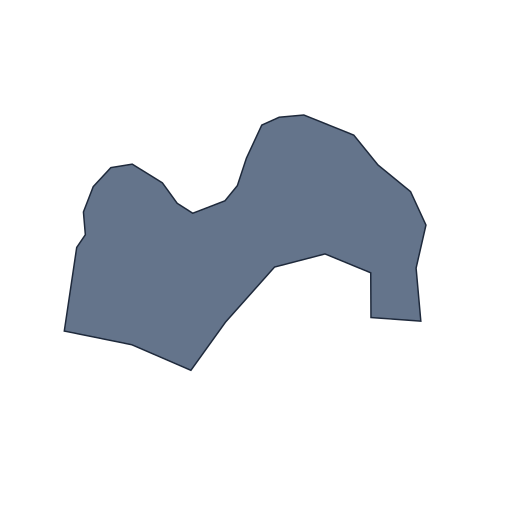 the border of Royal Borough of Windsor and Maidenhead, rotated 296°
{"feature_id": "GBR-5703", "entity_name": "Royal Borough of Windsor and Maidenhead", "entity_type": "Unitary Authority", "adm_level": 1, "iso_a3": "GBR", "parent_name": "United Kingdom", "parent_adm1": "", "projection": "albers", "projection_center": [-0.692, 51.465], "detail": "fine", "context": "isolated", "style": "filled", "palette": "slate", "viewbox_px": 512, "rotation_deg": 296, "n_neighbors": 0, "source": "natural_earth", "source_scale": "10m", "svg_char_len": 525}
<svg xmlns="http://www.w3.org/2000/svg" viewBox="0 0 512 512"><g transform="rotate(296 256 256)"><path d="M247.0,79.3L271.8,86.8L284.3,104.5L280.7,139.8L268.8,162.1L266.7,180.4L292.0,203.9L311.1,208.4L339.7,204.5L376.2,203.8L390.9,216.0L403.7,237.2L407.5,290.9L391.3,325.7L381.6,366.7L358.3,395.2L315.3,405.2L269.7,432.7L251.1,386.3L291.2,366.5L288.1,317.1L254.2,277.5L183.3,257.6L124.7,247.6L121.8,183.3L104.5,116.6L185.1,91.1L200.3,93.3L219.9,81.6L247.0,79.3Z" fill="#64748b" stroke="#1e293b" stroke-width="1.5"/></g></svg>